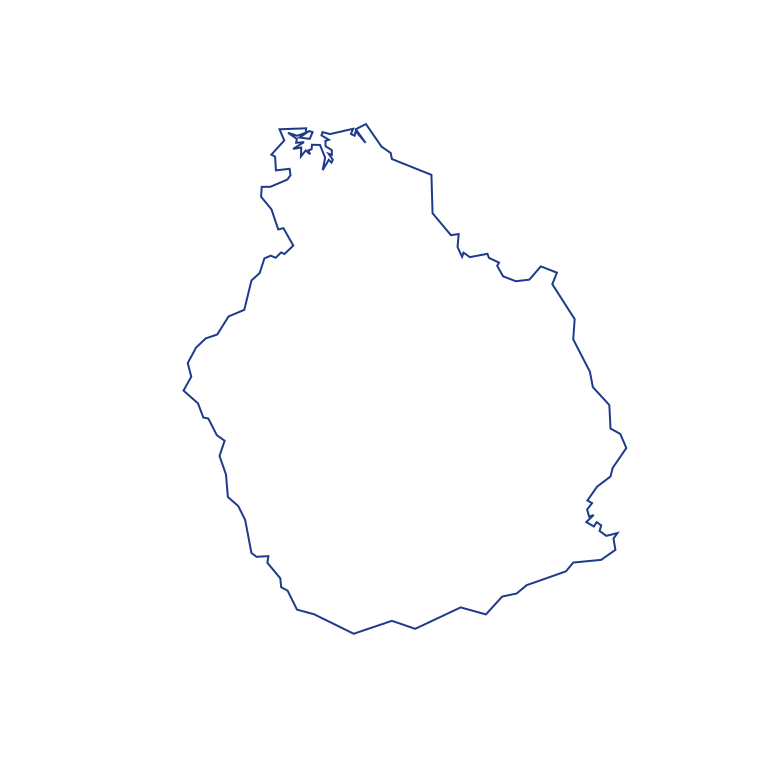 outline of Paraná, rotated 235°
{"feature_id": "BRA-613", "entity_name": "Paraná", "entity_type": "State", "adm_level": 1, "iso_a3": "BRA", "parent_name": "Brazil", "parent_adm1": "", "projection": "natural_earth1", "projection_center": [-50.532, -24.613], "detail": "medium", "context": "isolated", "style": "outline", "palette": "blue", "viewbox_px": 768, "rotation_deg": 235, "n_neighbors": 0, "source": "natural_earth", "source_scale": "10m", "svg_char_len": 1955}
<svg xmlns="http://www.w3.org/2000/svg" viewBox="0 0 768 768"><g transform="rotate(235 384 384)"><path d="M126.2,425.6L137.4,385.4L136.3,372.5L142.1,358.9L136.8,335.3L157.0,318.7L165.6,269.1L185.5,254.6L196.8,215.9L235.4,194.7L249.1,183.3L270.0,186.5L276.5,183.2L284.3,187.6L304.4,185.9L309.3,190.5L315.6,180.4L321.6,178.5L352.3,192.3L367.6,194.6L381.0,191.3L400.4,202.6L419.4,208.0L428.9,220.9L437.9,217.7L456.5,220.3L460.2,216.8L474.8,220.5L493.6,216.0L500.5,230.3L513.7,235.2L521.6,250.9L523.6,264.1L520.2,275.8L528.5,295.4L524.9,312.1L544.8,334.8L546.2,345.8L555.5,358.1L554.1,364.8L549.5,367.7L550.8,375.1L547.6,377.0L549.4,389.1L569.3,391.0L571.3,386.0L591.6,392.0L607.9,390.7L615.6,396.9L610.7,404.1L606.9,422.1L608.7,427.2L614.4,430.1L621.0,418.0L632.7,425.2L636.5,423.3L640.7,442.0L652.6,444.5L638.1,466.9L634.7,464.0L637.1,455.3L644.8,449.5L634.8,453.2L632.0,450.4L628.0,457.2L628.7,444.4L625.2,451.9L618.0,446.4L620.2,453.8L614.6,455.2L618.8,456.1L617.8,459.3L621.3,462.2L616.5,468.7L603.2,465.6L594.4,456.5L599.3,467.4L595.5,468.0L597.0,470.7L604.4,470.7L601.6,472.7L605.5,475.4L612.3,472.5L616.7,475.4L615.7,478.9L623.5,475.4L625.6,478.1L619.7,483.1L610.8,505.0L607.7,500.3L604.3,502.3L607.3,505.9L592.1,507.2L608.9,507.0L607.3,518.3L579.8,518.1L569.4,522.0L563.8,519.5L528.1,542.8L496.0,521.7L467.5,524.2L464.0,531.2L454.0,522.8L443.4,520.9L446.0,524.5L438.7,527.1L431.3,543.4L427.1,542.3L417.5,547.8L415.9,544.5L403.9,543.3L392.5,551.0L386.1,563.0L390.4,579.9L376.0,589.5L369.2,579.1L327.8,577.4L312.0,564.6L275.9,559.7L261.7,553.3L237.5,556.5L217.6,544.0L207.6,548.9L192.6,545.8L184.0,523.0L178.3,516.5L177.7,499.7L171.9,483.8L167.1,486.1L164.7,478.4L157.7,476.0L156.4,480.6L154.9,470.5L146.9,474.2L148.9,479.0L143.6,480.8L140.0,476.3L132.1,479.0L128.0,489.7L125.8,483.4L115.4,478.4L115.4,461.0L129.2,436.6L126.2,425.6ZM627.4,463.8L634.3,456.2L634.2,467.7L631.3,470.0L627.4,463.8Z" fill="none" stroke="#1e3a8a" stroke-width="2"/></g></svg>